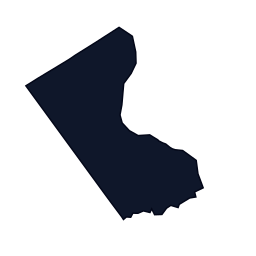 Colbert, Alabama, United States of America (Equal Earth projection), rotated 52°
{"feature_id": "52423323B73272811402688", "entity_name": "Colbert", "entity_type": "district", "adm_level": 2, "iso_a3": "USA", "parent_name": "United States of America", "parent_adm1": "Alabama", "projection": "equal_earth", "projection_center": [-87.711, 34.736], "detail": "fine", "context": "isolated", "style": "filled", "palette": "ink", "viewbox_px": 256, "rotation_deg": 52, "n_neighbors": 0, "source": "geoboundaries", "source_scale": "gbopen_adm2", "svg_char_len": 796}
<svg xmlns="http://www.w3.org/2000/svg" viewBox="0 0 256 256"><g transform="rotate(52 128 128)"><path d="M31.9,182.5L165.3,186.9L175.2,187.2L194.1,187.6L197.3,187.9L197.1,184.0L200.0,180.8L198.1,176.6L201.3,172.7L202.8,166.9L208.1,162.7L206.3,159.1L212.7,160.4L217.0,154.5L214.9,147.0L215.3,141.9L221.5,137.5L219.7,134.6L221.1,122.5L224.1,117.0L219.4,114.9L221.4,105.6L207.2,101.1L195.5,94.2L179.4,98.8L174.2,104.2L171.7,105.9L168.8,107.0L163.9,108.1L161.0,109.9L156.9,111.8L156.5,111.7L155.4,111.9L150.4,113.8L146.8,115.1L140.2,124.7L130.9,128.6L120.4,129.5L112.8,126.3L106.0,118.6L90.3,104.0L86.9,91.9L81.9,81.8L72.8,75.1L58.4,68.1L43.2,73.1L40.6,101.5L38.2,124.5L37.7,132.2L36.5,142.4L33.4,168.0L32.2,179.8L32.1,180.3L31.9,182.5Z" fill="#0f172a" stroke="#020617" stroke-width="1.5"/></g></svg>